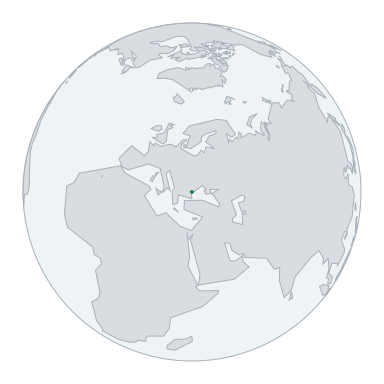 globe centered on Varna, rotated 25°
{"feature_id": "BGR-2260", "entity_name": "Varna", "entity_type": "Province", "adm_level": 1, "iso_a3": "BGR", "parent_name": "Bulgaria", "parent_adm1": "", "projection": "orthographic", "projection_center": [27.58, 43.197], "detail": "fine", "context": "on_globe", "style": "filled", "palette": "green", "viewbox_px": 384, "rotation_deg": 25, "n_neighbors": 0, "source": "natural_earth", "source_scale": "10m", "svg_char_len": 11035}
<svg xmlns="http://www.w3.org/2000/svg" viewBox="0 0 384 384"><g transform="rotate(25 192 192)"><circle cx="192" cy="192" r="169" fill="#eef3f6" stroke="#a8b0b8"/><path d="M134.4,33.2L139.6,31.9L134.8,33.5L137.3,33.1L143.5,31.3L146.9,30.3L163.9,29.4L184.4,28.4L190.9,27.0L189.5,28.4L201.9,25.6L213.1,26.1L200.4,26.3L199.0,27.0L206.6,27.5L206.8,28.4L210.6,29.3L210.2,30.5L202.8,30.9L202.5,31.8L207.8,32.2L210.8,33.9L203.0,33.2L207.4,36.2L195.9,38.4L175.3,37.0L168.8,40.7L147.2,46.1L149.1,47.1L142.1,50.4L141.6,53.0L137.7,53.6L140.7,55.2L144.3,54.1L146.8,54.6L146.9,56.1L142.0,57.1L141.2,56.4L139.8,57.5L137.3,57.4L138.6,58.3L132.6,59.6L138.5,60.7L133.8,63.7L129.9,63.9L130.3,60.8L122.2,54.7L118.3,54.6L112.4,57.3L101.2,68.5L96.9,70.0L91.0,74.2L93.4,74.6L98.8,71.5L101.6,73.7L107.9,70.0L110.0,70.5L116.4,68.4L115.4,72.2L110.9,77.2L105.5,79.3L103.4,81.7L108.4,82.8L98.4,90.2L91.6,101.3L89.0,103.1L84.0,100.4L84.2,92.2L77.7,90.2L81.8,95.2L75.2,100.2L74.1,102.7L74.4,104.8L76.9,104.5L74.6,107.2L69.7,102.8L71.7,100.3L73.2,101.6L73.2,98.0L69.9,95.8L66.8,98.8L65.0,93.4L62.8,95.7L61.2,96.0L64.8,92.6L58.2,98.7L55.6,95.8L46.6,107.3L55.6,94.1L58.8,89.1L62.0,84.4L60.5,86.2L66.8,78.6L67.1,78.3L76.6,68.6L87.0,59.7L98.0,51.6L109.6,44.5L121.8,38.3L134.4,33.2ZM29.7,145.2L29.2,147.2L27.7,152.7L29.7,145.2ZM27.4,153.8L28.3,151.2L26.7,158.0L26.0,170.2L25.6,170.8L24.7,189.8L26.6,205.2L27.1,213.2L26.6,215.0L27.9,220.1L28.0,222.3L36.0,242.3L42.4,256.3L43.7,263.6L41.3,265.2L45.8,276.6L39.8,265.4L34.7,253.7L30.5,241.7L27.2,229.4L24.9,216.9L23.5,204.3L23.0,191.6L23.5,178.9L25.0,166.2L27.4,153.8ZM47.0,105.3L44.4,110.4L36.8,127.2L38.7,121.4L38.8,121.6L41.2,116.5L44.9,109.2L47.0,105.3L47.0,105.3ZM46.3,109.4L47.4,107.1L46.7,108.9L46.3,109.4ZM148.4,29.8L143.6,31.2L137.9,32.7L141.9,31.3L148.4,29.8ZM159.3,28.1L157.0,28.8L154.5,28.6L156.5,28.2L159.3,28.1ZM195.6,26.0L191.6,26.0L195.4,25.7L195.6,26.0ZM211.2,29.2L212.3,29.0L213.8,29.6L211.2,29.2ZM116.6,66.5L116.5,67.4L115.3,67.3L116.6,66.5ZM119.4,64.8L118.2,64.0L119.3,63.1L120.1,63.6L119.4,64.8ZM214.6,32.1L216.7,33.3L213.3,32.1L214.6,32.1ZM120.7,66.0L121.6,61.6L123.7,60.1L128.3,60.8L120.7,66.0ZM217.1,34.0L222.3,37.4L225.1,37.0L220.1,40.2L217.3,36.1L212.7,34.6L216.1,34.8L217.1,34.0ZM145.5,53.2L141.6,54.3L144.8,52.0L145.5,53.2ZM146.9,51.6L153.0,44.5L158.7,43.9L155.5,46.2L162.9,44.5L162.6,47.6L158.6,49.2L154.9,49.0L157.6,50.4L146.9,51.6ZM216.5,41.7L216.6,42.7L215.1,41.7L216.5,41.7ZM148.1,54.6L148.8,53.1L153.8,52.3L153.3,55.2L151.8,54.5L148.1,54.6ZM164.9,42.6L168.5,42.7L169.4,45.2L170.9,45.7L163.1,47.6L164.9,42.6ZM150.7,55.5L152.9,56.7L150.6,58.5L147.7,56.0L150.7,55.5ZM155.4,51.0L157.7,50.8L156.2,51.8L155.4,51.0ZM143.6,66.2L144.3,64.1L147.0,63.5L143.6,66.2ZM153.8,57.1L154.6,56.5L155.7,56.1L156.6,57.3L153.8,57.1ZM164.3,49.3L163.8,50.5L167.5,48.7L168.2,50.6L162.9,51.7L165.5,52.1L165.8,52.7L161.2,52.9L164.3,49.3ZM161.0,57.4L154.5,59.7L152.5,63.5L150.1,64.1L153.7,58.0L161.0,57.4ZM161.5,54.7L160.6,56.5L158.0,56.2L157.0,54.8L161.5,54.7ZM170.6,51.7L170.8,48.4L172.0,48.3L170.6,51.7ZM160.9,58.5L162.5,58.0L161.1,58.8L160.9,58.5ZM168.2,53.8L168.1,52.6L169.5,52.5L168.2,53.8ZM165.7,58.0L163.6,58.6L162.8,57.7L165.7,58.0ZM167.3,56.1L169.1,56.3L163.8,56.9L167.0,55.5L167.3,56.1ZM169.5,53.9L170.2,53.5L169.3,54.5L169.5,53.9ZM169.8,61.5L163.3,62.5L161.6,60.2L168.1,59.5L169.8,61.5ZM85.8,266.2L76.0,239.5L81.0,233.2L82.0,222.6L116.3,198.3L123.5,203.1L150.3,204.7L153.7,206.7L150.4,215.3L170.4,228.7L177.1,221.8L195.4,228.0L207.6,227.2L212.2,210.2L192.1,211.2L188.8,203.0L205.0,195.0L222.5,194.3L221.8,191.1L210.8,184.9L214.9,178.4L207.0,182.3L210.1,185.4L205.3,188.1L202.1,185.4L203.7,183.1L198.4,181.9L192.2,193.8L194.7,198.3L180.9,200.3L183.7,208.1L179.9,211.6L173.7,199.8L174.4,195.5L162.6,182.0L160.6,186.5L171.6,199.8L168.1,198.6L165.5,205.5L164.7,199.3L153.3,184.2L140.9,184.8L124.8,199.0L117.6,198.3L111.6,192.5L117.7,175.5L133.2,179.2L135.5,173.8L132.6,164.1L137.5,166.3L138.2,162.9L144.1,164.0L152.6,157.5L158.5,157.8L162.1,147.9L165.6,146.9L162.5,152.9L163.6,157.5L178.5,158.5L181.4,156.5L182.5,150.2L186.5,151.5L185.6,145.3L194.3,143.1L183.0,140.8L184.0,133.9L189.3,128.9L187.6,126.4L178.9,134.7L177.3,138.5L179.1,142.2L172.9,152.9L167.7,154.3L166.6,142.0L159.1,142.8L161.5,133.5L183.5,115.9L192.6,112.7L207.1,121.4L204.9,125.7L198.5,124.6L204.2,131.7L203.8,128.2L207.1,129.5L208.9,123.8L211.3,124.4L208.9,118.0L212.0,118.2L213.5,122.3L218.8,114.6L225.5,113.7L225.5,111.7L223.7,109.8L233.3,110.3L232.9,108.8L229.6,108.0L226.7,104.7L225.2,99.1L228.6,99.6L229.6,101.7L236.8,107.0L238.9,112.8L240.1,112.5L239.1,107.6L230.4,101.0L228.5,97.6L233.1,100.1L231.3,98.9L231.4,97.3L234.8,96.4L230.0,93.4L227.0,77.3L233.2,74.3L237.6,78.0L239.2,68.5L246.0,66.7L243.0,65.8L241.6,61.3L239.5,61.7L237.9,61.0L233.5,50.6L235.1,48.8L229.8,44.1L228.2,43.8L226.7,44.8L220.1,40.2L225.1,37.0L228.4,37.9L229.3,35.6L236.7,38.0L243.3,39.3L251.0,43.7L255.5,44.7L255.3,43.7L261.3,44.6L274.4,50.3L264.6,49.7L245.2,43.8L253.2,46.3L251.6,47.1L254.7,48.9L260.3,50.8L260.8,50.2L271.0,61.6L285.0,71.3L283.5,66.4L286.7,66.0L301.2,74.8L319.9,97.9L324.4,99.2L327.5,102.3L329.7,107.7L325.4,103.1L323.9,104.7L321.1,101.6L323.3,109.2L319.3,105.1L322.9,113.4L326.1,115.0L325.7,109.4L330.5,118.9L335.4,119.9L340.5,126.5L347.7,147.4L348.2,159.8L349.2,162.7L347.0,163.3L347.7,172.4L354.6,179.5L355.7,183.6L355.1,198.2L354.5,195.4L348.8,197.2L350.3,208.2L354.7,209.2L356.4,215.9L354.1,218.3L352.1,212.7L350.0,213.1L348.8,204.1L343.5,194.7L341.0,202.1L339.5,196.9L331.8,191.4L327.3,201.7L321.3,225.6L323.5,239.5L320.1,248.6L308.7,235.4L303.4,223.2L299.4,227.3L287.6,220.5L267.7,228.9L264.7,225.9L261.0,229.2L252.6,227.9L248.0,222.5L243.0,224.4L255.3,238.2L260.6,236.2L264.9,228.0L267.3,233.4L275.4,235.8L267.0,253.3L237.2,273.6L234.1,263.4L210.3,235.4L210.9,231.6L210.8,231.2L210.5,230.5L208.5,236.7L204.4,230.6L217.3,251.7L219.5,260.7L236.8,274.3L235.2,276.3L240.7,278.4L258.0,270.0L258.1,273.5L250.1,291.2L225.9,314.9L229.1,325.8L227.2,334.6L211.9,341.7L213.1,346.9L205.3,349.3L204.7,351.9L198.2,354.6L187.6,356.7L169.6,355.6L168.6,353.8L159.8,348.7L147.5,333.9L152.2,327.5L150.6,321.1L137.6,303.9L140.5,295.4L137.0,290.7L129.7,290.0L125.7,284.2L121.3,282.9L94.0,276.5L85.8,266.2ZM104.5,214.3L103.5,217.4L104.5,214.3ZM241.3,202.1L251.7,200.1L246.7,190.4L250.2,189.0L247.2,186.4L246.3,189.8L238.8,182.3L243.1,178.0L241.7,173.5L238.1,174.1L231.4,183.3L242.0,193.8L239.8,198.8L241.3,202.1ZM26.0,170.5L25.7,173.3L25.7,171.4L26.0,170.5ZM37.8,123.1L36.8,125.7L35.8,128.0L36.4,126.4L37.8,123.1ZM32.3,143.9L31.8,147.4L31.8,144.9L32.3,143.9ZM35.9,129.7L32.7,141.4L32.9,137.6L35.2,130.3L34.3,133.7L35.9,129.7ZM44.3,111.8L43.4,113.7L42.8,114.4L44.3,111.8ZM45.8,110.8L45.9,110.3L46.9,108.7L45.8,110.8ZM75.5,100.4L75.8,100.9L75.6,103.3L74.6,102.8L75.5,100.4ZM81.3,111.2L77.6,115.3L79.6,111.9L77.4,111.7L78.9,104.7L87.8,103.6L83.5,105.2L81.3,111.2ZM83.3,95.4L81.4,99.7L83.2,95.1L83.3,95.4ZM136.4,145.0L138.3,147.7L135.9,151.2L128.3,151.8L131.7,146.8L136.4,145.0ZM141.5,150.9L142.5,139.2L147.3,138.6L144.4,140.9L147.5,141.7L143.7,145.6L147.3,157.0L145.5,160.8L132.5,159.3L137.7,157.5L135.6,154.8L141.5,150.9ZM136.6,113.5L137.1,109.3L146.8,113.4L145.2,116.9L137.5,117.5L134.9,113.7L136.6,113.5ZM128.8,68.4L128.4,67.2L129.7,66.9L131.2,67.6L128.8,68.4ZM143.7,65.3L132.2,73.6L131.1,72.6L125.6,79.2L120.6,79.1L124.3,74.7L116.4,79.8L117.7,75.9L112.7,79.8L121.4,70.0L122.3,67.0L123.2,70.3L127.8,70.4L130.0,69.6L137.0,65.0L141.2,58.8L146.4,58.3L149.0,59.5L148.8,60.9L145.4,60.7L147.5,62.7L142.6,63.6L143.7,65.3ZM176.0,79.5L172.2,77.9L175.6,83.7L170.7,83.9L171.4,84.6L167.8,86.5L164.6,90.1L162.4,89.6L162.1,91.2L159.7,92.7L158.6,94.8L154.2,94.9L152.5,97.5L151.4,96.1L149.6,100.7L149.0,97.3L145.8,99.1L148.1,101.5L127.2,98.4L119.0,100.4L112.4,104.0L112.2,98.2L118.3,91.3L127.2,85.0L135.2,84.3L133.7,82.0L137.0,81.0L136.8,83.2L139.2,79.3L141.9,79.1L149.8,74.7L151.5,69.5L154.5,67.9L155.2,69.9L157.6,67.0L161.0,69.7L163.1,68.7L168.6,70.6L168.7,75.3L171.1,73.8L175.4,75.5L176.0,79.5ZM171.2,62.1L172.4,67.2L170.3,70.0L161.7,65.6L159.2,66.1L153.6,63.8L156.8,59.9L158.1,60.9L160.1,61.0L158.3,62.2L161.3,61.3L163.2,62.7L166.0,62.5L165.6,64.2L171.2,62.1ZM157.6,203.8L160.2,204.6L164.3,204.6L162.7,209.2L157.6,203.8ZM149.6,193.7L151.9,193.4L151.7,199.5L149.0,198.9L149.6,193.7ZM153.4,188.3L152.1,192.9L151.2,190.1L153.4,188.3ZM164.7,152.5L167.3,152.0L167.5,153.5L166.0,155.6L164.7,152.5ZM185.0,98.0L183.2,96.3L184.0,95.6L183.1,90.7L186.6,90.3L188.6,93.1L185.0,98.0ZM208.7,213.4L205.1,216.9L203.3,215.5L204.9,214.5L208.7,213.4ZM182.7,213.8L188.6,216.0L182.2,215.0L182.7,213.8ZM188.7,96.8L187.9,94.8L190.2,95.9L188.7,96.8ZM189.2,89.8L191.9,90.6L187.0,89.7L189.2,89.8ZM255.4,327.2L243.2,342.8L235.4,344.6L234.3,341.5L239.1,332.7L248.3,328.1L252.9,322.9L255.4,327.2ZM357.9,224.0L357.2,227.2L356.0,231.0L356.7,227.6L358.7,219.5L358.8,218.9L357.9,224.0ZM356.5,228.0L354.1,230.2L347.6,223.9L350.0,220.3L356.1,219.2L355.8,221.8L357.3,221.5L356.5,228.0ZM360.3,207.1L359.9,210.6L359.3,213.1L359.0,208.5L359.2,203.6L359.8,200.9L359.7,178.0L360.1,177.2L360.7,185.6L360.9,187.0L360.3,207.1ZM324.2,240.3L327.9,245.5L325.8,248.8L324.2,240.3ZM358.0,165.3L359.2,174.9L357.6,163.9L358.0,165.3ZM356.0,156.3L356.8,158.7L356.1,157.9L356.0,156.3ZM350.8,166.4L350.3,169.9L349.5,168.1L349.6,162.6L350.8,166.4ZM344.4,132.2L347.5,137.6L348.5,140.0L346.7,138.1L344.4,132.2ZM218.2,93.3L215.5,100.3L215.9,105.6L219.9,108.8L213.1,107.5L212.5,99.3L218.2,93.3ZM225.6,79.1L222.1,76.7L224.3,76.0L225.4,76.5L225.6,79.1ZM223.0,78.8L217.4,79.2L215.9,76.7L220.6,76.9L223.0,78.8ZM203.1,87.5L202.0,89.5L200.2,88.5L203.1,87.5ZM358.6,163.6L358.5,163.2L359.2,167.9L357.0,155.6L357.3,156.8L358.6,163.6ZM357.2,157.3L358.0,161.7L356.7,155.2L357.2,157.3ZM357.7,160.9L356.9,158.1L356.7,156.3L357.7,160.9ZM357.0,156.0L355.5,150.2L356.1,152.2L357.0,156.0ZM354.7,152.2L355.9,152.5L355.8,156.5L352.0,146.9L351.7,144.0L354.7,152.2ZM329.0,99.5L327.0,97.7L325.7,94.8L327.5,96.9L329.0,99.5ZM319.5,84.7L324.6,93.4L328.4,101.1L329.0,100.5L333.0,106.0L330.2,104.6L325.0,96.1L322.7,91.2L319.0,87.2L315.2,82.0L310.8,78.6L308.0,75.6L311.4,77.3L319.5,84.7ZM308.9,77.3L299.8,70.6L298.9,67.4L300.7,68.1L305.2,72.4L305.4,73.9L308.9,77.3ZM297.3,68.2L297.4,69.6L284.2,65.0L281.2,63.3L290.7,64.5L291.4,66.0L294.8,67.9L297.3,68.2ZM218.4,42.7L216.8,42.7L217.7,42.0L218.4,42.7ZM236.7,61.4L234.8,60.4L235.9,59.4L236.7,61.4ZM229.8,57.0L230.0,58.8L228.4,56.7L229.8,57.0ZM230.6,62.9L229.4,59.4L232.5,63.1L230.6,62.9Z" fill="#d9dde1" stroke="#a8b0b8" stroke-width="1"/><path d="M193.1,191.5L193.0,191.8L192.9,191.9L192.8,192.0L192.7,192.0L192.8,192.1L192.7,192.2L192.7,192.4L192.7,192.5L192.7,192.9L192.7,193.0L192.4,193.1L192.3,192.9L192.2,192.9L191.8,192.9L191.7,192.9L191.4,192.7L191.1,192.7L190.9,192.6L191.0,192.5L191.2,192.4L191.1,192.2L191.1,191.9L191.3,191.8L191.3,191.7L191.4,191.4L191.5,191.2L191.4,191.2L191.5,191.1L191.4,191.0L191.5,190.9L191.8,191.0L192.0,191.1L192.3,191.2L192.4,191.3L192.5,191.4L192.6,191.5L192.7,191.4L192.8,191.4L192.9,191.5L193.0,191.5L193.1,191.5Z" fill="#22c55e" stroke="#15803d" stroke-width="1.5"/></g></svg>